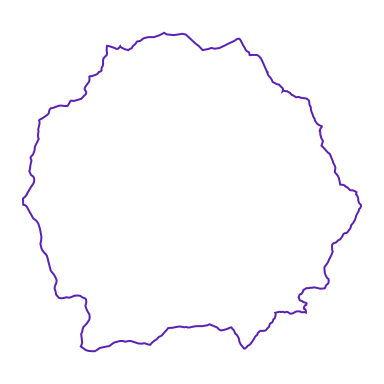 the district of Tseza, Daga, Bhutan
{"feature_id": "84629894B57914849969567", "entity_name": "Tseza", "entity_type": "district", "adm_level": 2, "iso_a3": "BTN", "parent_name": "Bhutan", "parent_adm1": "Daga", "projection": "natural_earth1", "projection_center": [89.809, 27.158], "detail": "fine", "context": "isolated", "style": "outline", "palette": "violet", "viewbox_px": 384, "rotation_deg": 0, "n_neighbors": 0, "source": "geoboundaries", "source_scale": "gbopen_adm2", "svg_char_len": 5864}
<svg xmlns="http://www.w3.org/2000/svg" viewBox="0 0 384 384"><path d="M55.5,291.2L56.1,294.4L56.5,295.1L59.0,297.9L61.6,298.3L65.0,297.7L66.6,297.2L68.5,297.7L70.2,297.5L74.6,295.7L75.8,295.7L77.3,295.5L80.2,295.8L82.4,297.4L85.3,298.5L86.0,299.6L86.3,300.9L86.1,303.4L85.4,305.8L86.3,308.7L87.6,311.5L89.3,314.2L89.7,316.9L89.4,319.5L86.9,323.4L83.4,327.1L82.7,328.9L82.2,331.6L81.2,334.1L82.2,342.7L81.3,345.6L80.8,346.5L85.9,350.1L88.5,350.9L91.5,351.2L94.8,351.2L96.8,350.1L99.8,348.0L106.5,346.5L109.3,346.1L112.0,344.0L113.4,343.1L115.1,342.2L116.5,342.0L119.0,341.2L120.5,341.0L123.1,341.0L125.1,341.7L129.4,340.9L131.2,341.1L138.6,343.5L142.0,343.7L144.2,343.2L145.1,343.4L148.6,344.6L150.3,344.7L152.2,342.5L153.9,341.1L156.6,339.3L159.1,336.7L160.5,336.3L162.1,335.2L164.8,331.9L166.8,329.9L168.1,328.1L172.9,327.7L176.7,326.9L179.1,326.5L182.1,326.8L184.3,327.3L185.7,327.0L186.9,327.1L187.6,327.5L190.2,327.4L191.3,327.0L192.9,326.7L193.9,326.6L195.4,326.2L200.8,326.1L202.1,326.2L207.6,325.2L209.5,324.3L217.0,327.4L219.1,329.5L220.8,330.4L223.7,330.0L227.8,328.7L229.4,327.9L230.8,327.4L231.4,327.4L232.7,329.2L233.8,330.2L235.2,333.6L236.7,334.7L238.0,336.8L239.1,339.1L239.3,341.4L240.7,344.4L243.5,347.8L243.9,348.5L244.8,348.6L246.6,347.3L247.7,345.8L249.3,345.0L250.7,343.7L253.2,340.1L255.2,336.7L256.2,335.6L257.1,335.1L257.5,334.4L257.6,333.2L259.9,331.1L260.7,330.8L261.8,330.9L263.9,330.8L265.5,330.5L266.1,330.0L267.0,328.8L269.1,326.7L269.5,325.1L270.3,323.4L272.3,322.3L272.9,321.0L273.4,319.4L274.3,318.7L275.0,317.8L275.2,316.3L275.7,315.0L275.5,313.5L275.2,312.8L279.4,311.8L281.2,312.0L282.8,311.8L283.4,311.9L284.6,312.4L286.5,311.9L287.2,311.9L287.9,312.2L290.0,313.5L290.6,313.7L291.1,313.7L293.2,313.2L294.6,312.3L296.3,311.5L298.1,311.3L299.3,311.4L300.1,311.4L301.0,312.1L301.9,312.3L304.4,312.1L305.9,312.6L305.9,311.2L305.5,309.8L305.2,309.2L304.7,309.0L304.1,308.9L303.8,308.5L303.8,308.1L304.1,307.0L304.6,305.9L305.1,305.3L306.1,304.9L306.4,304.6L306.6,303.5L306.3,303.0L305.9,302.8L304.7,302.5L303.2,302.0L302.5,301.3L301.6,300.9L300.0,300.4L299.5,299.9L299.0,298.1L298.6,297.3L299.4,295.2L300.0,294.4L300.5,294.1L301.4,293.9L301.8,293.6L302.2,292.7L302.9,291.8L303.3,290.2L303.7,289.8L304.9,289.2L306.1,288.3L307.1,288.1L307.5,288.2L309.6,288.0L310.0,287.7L310.5,287.7L311.7,287.8L313.3,287.6L313.7,287.4L314.4,287.4L316.6,287.8L320.2,288.7L324.4,288.4L324.8,288.2L325.4,287.3L325.8,285.7L326.1,285.3L327.9,283.7L328.4,283.0L328.6,282.2L328.7,281.0L328.5,279.0L327.0,277.8L325.7,275.3L324.8,273.1L324.7,271.5L324.4,268.9L324.6,266.8L326.9,263.9L328.1,261.9L328.9,259.9L331.5,254.8L332.7,251.7L332.2,250.1L332.2,248.7L331.9,246.1L332.3,244.4L333.9,243.1L336.0,242.5L338.3,240.2L339.1,239.9L340.3,239.2L342.3,236.4L343.4,234.1L344.3,233.4L346.5,232.9L347.6,232.1L349.9,228.9L350.9,226.9L351.1,225.2L353.0,223.2L355.1,219.6L356.2,215.7L357.9,212.4L358.7,211.1L359.1,209.0L360.2,208.2L361.0,206.1L360.9,204.8L359.6,203.6L358.9,202.5L358.2,200.4L358.2,198.3L357.1,195.4L356.1,194.4L356.5,192.2L354.9,191.2L352.6,190.3L351.0,190.3L349.9,190.0L348.0,188.0L346.6,187.0L345.2,186.3L344.9,185.6L343.1,184.8L340.3,184.7L338.9,178.2L337.8,175.7L336.3,174.0L334.8,172.0L334.8,171.3L335.1,170.1L335.4,167.7L334.4,164.9L333.2,162.8L332.8,161.2L329.8,153.9L327.7,152.4L324.4,148.6L321.5,145.7L323.0,141.0L321.3,138.1L320.3,134.3L320.3,132.9L319.7,131.3L320.2,129.0L321.8,126.8L321.8,126.3L319.3,125.2L317.1,123.7L314.8,120.3L314.7,118.9L313.2,116.5L312.5,114.1L311.7,112.3L311.0,110.1L310.7,106.9L310.1,106.0L309.4,104.2L309.2,101.6L308.6,100.1L306.4,98.5L300.6,97.7L298.9,96.9L296.2,97.3L292.6,95.1L291.8,95.0L290.5,93.4L290.1,92.9L288.6,92.2L287.1,91.2L285.7,91.2L283.3,90.7L282.7,91.2L283.1,89.7L282.7,88.3L280.9,86.6L279.1,84.6L277.7,84.4L276.4,84.0L274.9,83.1L272.7,82.0L271.8,79.9L270.8,78.2L268.8,76.0L268.1,74.8L267.0,72.1L267.4,71.9L266.7,71.2L262.6,61.8L260.9,58.3L258.3,55.6L256.7,55.0L252.8,54.9L251.2,55.0L250.1,55.2L249.6,55.0L249.6,54.6L249.1,52.4L246.6,51.0L245.7,49.9L244.4,47.2L243.4,45.7L240.2,39.6L239.2,38.7L237.2,38.9L234.2,41.0L228.9,43.4L224.8,45.5L219.3,48.1L214.4,48.7L211.5,47.9L207.9,49.1L202.6,50.1L199.0,46.2L195.2,43.3L185.8,34.5L182.5,33.8L174.0,35.1L166.7,34.4L164.2,32.8L159.1,35.4L154.0,37.1L148.1,37.1L143.7,38.3L142.3,39.2L140.5,40.8L136.9,41.6L135.4,43.9L132.7,46.3L131.7,48.2L130.5,48.6L128.1,50.2L127.4,49.8L125.3,49.4L121.5,47.6L120.4,46.6L120.2,46.2L119.3,47.5L118.1,48.7L116.3,48.9L114.7,48.0L110.9,46.7L108.8,46.1L107.0,45.8L106.7,47.9L106.7,50.9L107.1,52.9L106.7,55.2L104.9,56.7L103.4,58.7L103.0,60.9L103.1,62.6L103.0,64.5L102.7,66.1L101.8,67.5L101.5,68.6L101.5,70.6L100.7,71.4L99.9,71.7L98.8,72.0L98.4,72.7L97.5,73.9L95.3,75.0L93.5,75.5L91.7,76.2L90.0,76.2L89.3,76.7L89.5,78.9L89.4,80.3L89.0,81.8L87.4,83.9L85.0,87.3L84.6,89.0L86.2,92.1L86.2,93.1L85.7,94.4L84.2,95.6L81.3,98.8L74.9,100.7L73.4,100.9L70.8,100.7L70.2,101.2L69.3,103.2L68.4,104.6L68.1,105.3L67.4,105.9L65.9,106.1L61.2,105.6L59.3,105.6L55.3,107.0L54.0,107.6L50.7,108.3L49.5,109.8L48.6,113.5L47.8,114.4L44.6,116.8L42.0,118.5L40.0,119.5L39.1,120.3L39.5,121.6L39.5,123.8L38.2,129.4L38.5,131.2L37.9,135.5L38.3,137.8L38.7,139.0L34.9,146.7L34.8,148.6L34.4,150.9L33.0,154.6L31.8,155.7L30.6,157.3L30.6,158.4L31.3,159.9L31.4,161.2L31.1,162.1L30.6,164.3L30.2,166.7L30.1,168.3L29.8,169.6L29.3,171.1L31.0,174.9L31.7,175.5L32.9,176.2L33.7,177.3L34.1,178.4L34.2,181.0L34.0,182.0L33.2,183.8L30.5,187.7L28.6,191.1L27.5,192.8L26.8,194.4L25.9,195.8L24.4,197.4L23.0,198.5L23.2,204.7L24.8,205.1L26.6,206.4L33.2,218.3L35.9,220.4L36.9,221.4L38.3,223.6L40.0,228.9L41.4,236.6L41.2,240.0L40.4,244.0L40.9,245.8L41.2,247.2L42.0,249.8L43.2,251.2L44.5,253.1L45.8,254.1L46.9,255.8L47.8,258.9L48.6,262.5L50.7,270.4L51.5,271.7L53.9,274.5L55.6,277.7L56.6,280.1L56.4,282.7L54.9,286.2L54.6,288.5L55.5,291.2Z" fill="none" stroke="#5b21b6" stroke-width="2"/></svg>